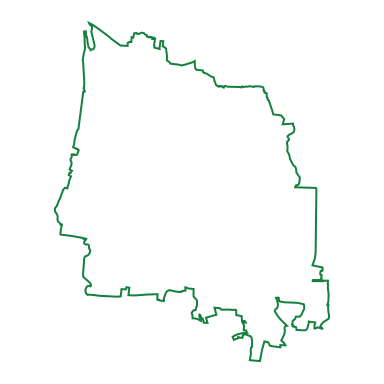 the district of Kota Yogyakarta, Yogyakarta, Indonesia
{"feature_id": "22746128B9761158776103", "entity_name": "Kota Yogyakarta", "entity_type": "district", "adm_level": 2, "iso_a3": "IDN", "parent_name": "Indonesia", "parent_adm1": "Yogyakarta", "projection": "mercator", "projection_center": [110.376, -7.803], "detail": "fine", "context": "isolated", "style": "outline", "palette": "green", "viewbox_px": 384, "rotation_deg": 0, "n_neighbors": 0, "source": "geoboundaries", "source_scale": "gbopen_adm2", "svg_char_len": 5845}
<svg xmlns="http://www.w3.org/2000/svg" viewBox="0 0 384 384"><path d="M293.1,123.6L282.7,124.3L284.2,119.2L281.2,115.4L273.3,114.4L272.2,110.4L268.8,100.4L267.7,99.7L267.6,98.0L267.3,98.0L266.9,97.4L266.7,96.2L266.8,94.0L266.4,93.7L266.5,93.2L264.9,92.8L264.9,92.3L264.3,92.2L264.4,90.7L263.7,90.6L263.5,89.7L263.6,88.7L263.2,87.3L260.4,86.4L259.0,86.5L257.0,86.2L256.4,86.4L254.8,86.3L254.0,86.5L253.9,86.9L249.6,86.2L247.9,86.6L245.6,86.6L244.0,87.0L242.0,86.5L241.6,87.4L239.2,87.0L227.6,86.7L224.9,85.9L224.3,86.3L223.8,87.6L222.7,87.2L222.7,86.6L222.5,86.4L221.9,86.2L221.6,86.4L220.6,86.0L219.5,86.0L219.5,86.6L218.8,86.7L216.2,85.2L214.2,80.1L214.2,78.8L213.4,77.1L211.4,76.7L206.8,73.7L204.1,72.8L203.0,72.1L202.9,70.5L196.1,69.7L195.4,68.3L194.9,66.4L194.7,61.0L192.6,62.3L184.2,64.9L183.4,64.9L182.1,65.5L178.5,64.6L170.4,63.7L169.5,62.1L167.8,61.1L166.8,60.1L167.1,56.7L166.0,48.4L164.2,47.2L164.0,46.7L162.7,46.2L163.3,41.2L160.5,41.0L159.5,48.1L159.6,49.0L154.3,47.6L154.4,45.8L154.0,45.5L155.1,38.5L154.5,37.9L154.1,38.4L154.0,39.1L152.2,39.0L152.6,37.5L150.1,36.7L149.7,36.8L149.8,37.4L149.2,37.5L146.8,36.5L147.0,35.3L144.6,34.1L144.3,33.4L143.5,33.0L141.5,32.7L139.2,33.8L138.0,34.0L137.0,33.7L136.7,33.0L134.3,33.2L133.2,37.6L131.6,37.2L131.3,42.0L129.2,42.0L127.8,42.8L127.7,43.1L127.6,45.9L120.4,45.5L111.3,38.8L108.7,36.5L101.4,31.0L93.5,25.3L89.0,23.0L89.5,24.2L92.0,26.6L92.0,28.6L91.3,31.2L91.5,32.5L94.5,44.8L94.5,46.7L94.3,47.5L93.8,48.6L92.9,49.4L91.6,49.4L90.6,50.1L90.5,49.4L88.6,47.4L87.7,43.4L87.0,37.2L86.4,37.0L85.7,31.2L84.0,31.6L84.6,37.9L84.7,44.2L85.1,47.4L84.6,50.6L83.6,54.3L82.7,60.6L83.1,62.0L83.3,64.8L84.3,82.8L84.2,86.1L83.6,88.3L84.1,88.4L84.7,91.4L84.6,91.8L83.3,91.6L78.5,128.4L78.2,129.4L77.5,130.0L76.8,131.5L74.7,139.3L74.0,144.7L73.1,147.2L77.0,148.8L76.8,149.1L78.3,149.7L78.7,150.2L77.0,154.8L73.8,155.0L73.7,154.3L71.6,154.5L71.7,157.1L71.2,158.3L70.5,159.0L70.5,160.1L71.6,162.6L71.5,164.4L69.6,169.5L72.0,170.8L70.5,173.0L69.5,172.8L68.8,175.2L71.0,176.4L69.3,180.4L68.7,183.7L67.5,186.9L67.3,188.4L65.0,187.7L63.6,189.2L62.7,191.0L62.2,192.7L61.1,195.0L60.5,197.3L58.5,201.5L57.0,205.6L56.5,206.6L55.8,207.0L54.9,208.6L54.8,210.5L55.4,212.1L56.9,214.2L57.7,216.0L57.5,218.4L57.7,221.0L60.2,223.5L60.4,224.7L61.0,224.8L61.3,224.6L61.3,224.8L61.9,224.9L60.9,229.3L60.3,234.1L61.0,234.7L70.1,235.7L81.5,237.7L84.0,238.3L83.7,238.9L84.2,239.1L85.0,238.5L86.2,238.9L85.8,239.4L85.4,240.4L84.7,240.9L84.1,242.0L84.1,242.9L84.4,243.7L85.0,244.2L88.1,244.6L88.6,244.9L89.0,246.4L89.1,248.6L90.2,250.2L90.3,251.2L89.3,253.8L87.4,255.7L85.6,256.1L85.0,256.6L84.2,258.6L83.0,275.0L83.2,276.3L83.6,277.2L89.2,282.1L90.6,283.8L91.0,284.8L90.7,286.1L90.2,286.4L89.0,285.8L87.4,286.2L86.4,287.4L85.7,288.8L85.4,290.6L85.6,292.2L86.5,293.8L87.6,294.9L88.8,294.7L91.7,294.8L99.6,295.8L117.2,296.7L120.7,296.4L121.5,289.1L126.0,289.4L126.4,287.2L129.4,287.7L128.4,295.1L133.5,295.5L133.7,295.3L135.9,295.4L147.5,294.5L157.5,294.2L157.3,299.6L159.1,299.8L159.1,300.3L163.8,301.2L164.0,300.8L163.7,299.1L165.5,293.6L167.0,291.3L167.7,290.8L169.0,290.5L169.3,290.1L175.9,291.6L180.1,292.0L181.2,291.9L181.2,291.6L181.8,291.6L182.5,291.3L182.6,290.9L185.5,290.6L185.3,287.4L186.3,287.5L188.2,288.5L193.6,289.0L193.5,296.1L193.9,296.9L196.7,300.0L197.0,300.8L197.1,302.2L196.9,306.1L196.1,307.6L195.7,310.0L195.2,310.3L193.5,310.3L191.6,312.9L192.3,314.6L192.6,318.3L196.3,318.6L198.4,319.5L201.0,320.9L200.7,319.3L199.6,317.3L199.3,316.1L199.4,314.6L199.9,314.7L200.5,315.6L201.6,318.7L202.7,318.5L204.0,322.8L207.5,322.8L206.0,317.7L216.4,314.7L214.5,307.7L219.5,308.1L220.0,308.3L221.3,309.7L228.6,309.6L233.0,309.9L235.7,309.7L236.2,310.5L236.3,315.1L241.6,316.1L242.0,321.2L244.6,320.9L245.7,322.6L242.5,322.5L244.2,325.9L243.7,330.2L246.3,330.6L246.2,332.0L246.7,332.0L247.2,332.8L242.8,333.0L238.3,334.1L234.8,335.5L232.6,336.9L233.9,339.9L238.2,338.1L238.1,337.0L238.5,336.9L239.3,337.6L242.4,337.9L242.7,335.6L243.2,335.6L243.7,333.8L250.2,336.1L251.4,337.2L252.1,340.8L252.1,345.2L251.9,347.2L251.0,347.7L250.7,350.7L251.0,353.7L249.8,360.0L251.7,360.4L260.0,361.0L262.0,350.0L264.4,341.4L268.1,342.2L270.1,345.9L280.4,347.3L280.3,345.1L285.4,345.3L284.4,343.4L281.3,340.5L284.3,334.2L284.9,330.5L284.5,328.7L284.7,327.3L285.6,325.8L286.9,325.8L280.5,319.4L277.8,316.1L274.7,311.1L274.9,310.2L277.4,307.6L277.8,305.9L277.8,304.2L277.3,301.1L276.0,297.8L277.7,297.6L278.8,297.9L278.8,299.4L279.5,301.4L284.9,302.3L297.4,302.8L303.8,304.3L304.2,306.6L304.1,309.3L303.4,310.3L301.7,314.3L299.9,316.6L295.8,316.7L295.1,318.8L294.4,319.6L292.7,320.7L292.6,322.1L292.0,324.7L292.8,325.0L292.6,325.7L293.5,325.9L293.3,326.6L296.1,327.2L296.5,329.9L302.6,330.3L305.7,330.2L306.7,329.3L307.4,328.0L308.7,323.3L308.8,321.5L311.6,322.1L313.2,322.1L315.2,322.5L314.5,325.2L314.5,328.5L316.0,328.3L316.6,327.8L317.7,327.4L322.2,328.8L322.4,328.6L321.9,327.8L320.2,326.8L321.0,324.9L323.1,322.3L328.4,318.9L329.2,316.9L328.2,310.3L328.1,306.9L328.5,305.3L327.4,305.1L327.6,304.0L327.9,303.9L328.4,300.8L328.6,294.0L327.8,287.5L328.1,285.6L327.8,284.1L327.9,280.7L323.5,280.7L323.3,281.2L312.7,281.1L312.8,280.1L320.0,280.0L321.7,279.6L321.7,278.8L321.2,278.4L321.1,277.7L321.6,276.4L321.6,275.1L320.7,274.9L320.2,274.0L320.3,272.8L320.7,270.9L322.3,270.9L322.7,268.9L322.6,268.3L322.3,268.3L322.4,267.4L312.5,265.4L314.9,258.3L315.6,253.0L316.4,189.2L316.2,188.2L315.3,187.9L295.1,187.3L295.2,186.8L296.1,185.3L298.2,184.8L298.8,184.2L299.2,183.4L299.9,177.6L296.4,172.6L296.3,170.4L295.7,167.6L294.5,166.2L293.0,164.8L290.1,159.1L289.1,154.4L287.3,151.3L287.6,146.9L286.9,142.8L287.5,141.3L288.3,140.8L289.0,139.7L288.7,138.7L287.5,136.7L287.5,136.3L288.9,134.9L291.3,133.8L293.2,132.5L293.8,131.8L294.2,130.6L294.4,129.0L294.2,127.2L293.0,125.1L293.1,123.6Z" fill="none" stroke="#15803d" stroke-width="2"/></svg>